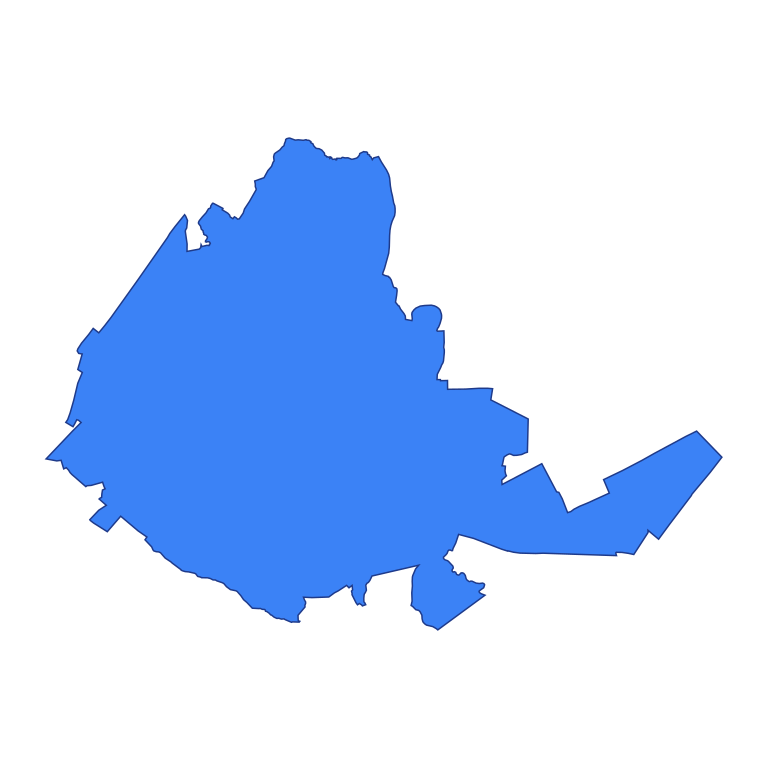 Bals, Olt, Romania
{"feature_id": "2599482B96753080238477", "entity_name": "Bals", "entity_type": "district", "adm_level": 2, "iso_a3": "ROU", "parent_name": "Romania", "parent_adm1": "Olt", "projection": "orthographic", "projection_center": [24.107, 44.36], "detail": "fine", "context": "isolated", "style": "filled", "palette": "blue", "viewbox_px": 768, "rotation_deg": 0, "n_neighbors": 0, "source": "geoboundaries", "source_scale": "gbopen_adm2", "svg_char_len": 6094}
<svg xmlns="http://www.w3.org/2000/svg" viewBox="0 0 768 768"><path d="M181.0,570.0L182.2,570.7L185.2,571.6L188.7,571.9L194.7,573.3L195.7,573.8L197.7,576.4L200.5,577.1L201.6,577.7L207.5,577.8L210.3,578.5L213.0,579.9L215.5,580.0L216.7,580.8L222.3,582.7L223.9,583.6L226.5,586.7L230.4,589.6L236.0,590.8L237.2,591.5L240.8,595.6L243.6,599.7L246.9,602.5L252.3,608.2L259.2,608.6L260.1,608.4L262.2,609.3L264.7,609.5L265.2,610.0L265.5,611.2L266.7,611.5L268.9,613.0L270.7,614.9L271.6,615.1L274.0,617.1L276.8,618.4L278.9,618.3L281.4,619.1L284.0,618.9L285.3,619.7L291.5,622.3L292.6,621.9L299.2,622.1L299.8,621.3L298.6,620.9L298.2,620.3L298.0,615.3L305.0,607.0L304.9,605.3L305.6,603.5L305.6,601.9L304.5,600.0L303.5,597.2L312.1,597.6L328.8,597.0L334.5,592.8L338.2,590.9L346.6,585.4L349.0,587.8L352.1,585.4L352.6,589.9L351.5,591.1L352.1,593.5L352.0,594.7L356.0,602.7L357.5,604.8L359.4,603.5L361.6,604.9L362.4,605.9L365.7,604.7L364.9,603.0L363.9,601.8L363.8,598.3L364.1,594.9L364.5,593.6L365.2,592.8L366.4,590.2L365.8,585.2L366.9,583.3L368.4,582.4L369.9,580.4L372.0,576.0L418.7,565.2L415.6,568.9L412.8,575.5L412.4,577.0L412.2,581.4L412.4,586.0L411.8,592.9L412.1,601.2L411.1,605.5L412.6,606.4L415.8,609.7L418.7,610.4L420.0,611.6L421.9,615.2L422.1,618.8L422.7,621.2L423.3,622.4L424.9,624.0L426.5,625.1L432.8,626.6L436.4,628.7L437.8,629.9L485.0,595.2L481.4,593.8L480.1,593.1L479.1,591.9L479.1,591.3L479.4,590.8L483.7,587.7L484.5,585.2L484.6,584.7L483.9,583.6L482.6,583.1L479.3,583.5L476.1,583.1L472.1,581.2L470.8,581.1L469.6,581.6L468.8,581.4L466.8,579.8L466.1,578.6L465.3,575.4L463.9,573.5L462.8,572.9L461.1,572.9L459.1,574.9L458.3,575.1L456.6,574.4L455.7,572.3L454.4,571.7L453.1,572.1L452.0,570.9L452.3,569.4L453.1,568.4L453.2,567.3L452.8,566.0L448.7,561.6L447.6,560.7L445.1,559.9L443.6,558.6L443.5,557.1L445.8,555.0L447.1,553.4L448.0,551.0L448.7,550.2L450.1,550.0L451.7,550.7L452.5,550.6L453.0,548.6L455.8,542.9L458.6,534.4L473.6,538.4L501.7,549.2L507.7,551.1L507.8,550.8L513.4,552.2L520.1,553.1L535.8,553.5L543.0,553.2L616.5,555.6L615.9,553.7L615.9,552.6L616.3,552.3L621.9,552.4L628.2,553.3L633.8,554.5L647.7,533.1L648.1,532.2L648.0,530.3L658.6,539.2L669.7,524.1L691.4,495.5L691.8,494.4L710.1,472.5L721.9,457.2L696.6,431.1L685.7,436.5L654.5,453.3L641.9,460.4L622.4,470.6L603.6,479.6L609.3,493.1L587.6,503.0L579.6,506.3L574.0,509.2L570.8,511.6L567.6,512.6L562.3,498.9L558.9,492.4L556.6,491.8L541.8,463.7L502.1,484.5L501.7,480.2L506.4,475.8L505.6,474.0L505.0,470.9L505.4,466.2L502.0,465.7L502.5,464.4L503.9,457.5L504.4,456.7L507.3,454.8L509.4,453.9L510.9,454.2L513.5,455.4L516.8,455.3L521.7,454.5L525.1,452.9L527.4,452.2L528.2,419.0L490.8,399.9L492.6,388.7L487.9,388.3L478.8,388.3L465.4,389.1L447.6,389.3L447.5,380.5L440.5,380.7L440.4,379.6L437.0,379.6L437.3,374.3L440.6,367.7L441.7,364.9L442.9,362.9L443.5,360.9L444.3,352.5L444.3,349.9L443.7,347.3L444.2,342.5L443.9,330.9L437.5,331.2L436.8,330.6L437.5,328.5L438.6,327.0L440.1,323.3L441.5,318.3L441.6,315.8L441.4,314.1L440.1,310.1L438.7,308.4L436.6,306.9L434.5,305.9L431.4,305.2L424.8,305.5L420.2,306.1L415.9,308.1L413.9,309.9L412.1,312.4L411.8,314.2L412.3,318.9L411.9,320.6L405.5,319.4L405.3,316.0L404.0,313.6L400.6,309.2L399.0,305.9L398.4,305.8L395.5,302.2L396.6,295.4L397.1,290.8L396.9,288.9L395.9,287.9L394.1,287.6L393.3,286.5L391.2,279.9L389.5,277.3L388.8,277.2L388.4,276.4L384.9,275.5L382.7,274.4L382.9,272.8L384.5,268.5L388.7,253.3L389.3,247.1L389.6,235.5L390.0,230.1L390.8,225.6L392.1,221.3L394.6,215.7L395.1,212.2L395.1,208.6L394.8,205.9L393.7,203.0L392.4,195.9L391.3,191.4L390.4,186.0L389.6,177.9L388.6,174.3L386.5,170.0L381.4,162.0L378.5,156.6L373.7,157.9L372.3,159.7L370.9,156.9L369.7,156.1L369.5,155.0L367.6,154.3L367.6,153.1L367.2,152.3L366.3,151.9L364.9,151.9L363.7,151.6L360.0,153.4L359.7,153.7L359.4,155.2L357.5,157.5L356.3,158.2L353.0,159.1L351.7,159.3L348.0,157.8L345.0,157.9L342.9,157.4L342.2,157.4L341.1,158.4L336.8,158.3L336.6,158.6L336.8,159.6L336.3,159.9L335.7,159.8L335.1,159.0L332.7,159.4L331.9,158.7L331.7,157.7L331.0,157.2L330.7,157.2L330.4,158.1L329.8,158.4L329.9,156.9L328.4,157.2L327.7,156.8L326.8,156.9L326.2,156.0L324.7,155.2L324.4,153.1L321.8,150.1L319.1,148.7L316.9,148.5L315.7,148.0L313.8,145.9L312.8,143.7L311.0,142.9L310.7,142.4L311.0,141.9L310.9,141.6L308.9,140.3L306.9,140.2L306.1,139.7L303.3,140.3L298.3,139.8L295.2,140.1L289.8,138.1L288.5,138.2L286.7,138.7L285.7,139.5L285.5,141.1L284.4,143.8L284.0,145.7L282.3,147.0L279.8,150.0L275.4,153.0L274.3,154.1L273.6,156.8L274.1,160.9L273.1,162.2L271.6,166.3L267.9,170.6L264.0,177.7L254.7,181.0L255.3,184.0L255.3,186.7L256.2,189.0L256.1,189.8L249.5,201.4L244.5,209.0L243.2,213.1L239.3,218.8L237.6,219.2L236.3,217.9L234.4,216.8L232.9,218.7L230.2,216.9L229.6,215.1L227.8,213.2L222.2,209.8L223.0,208.6L222.8,208.3L213.3,203.3L212.5,203.3L210.8,205.9L210.6,207.4L210.2,208.1L208.5,208.8L206.0,212.9L202.4,216.8L199.4,220.5L198.7,221.8L198.4,223.0L198.8,223.9L200.5,226.1L201.3,229.2L203.1,230.8L203.1,231.9L203.7,233.2L203.7,234.2L204.8,235.0L206.3,235.4L207.5,237.1L207.0,238.8L205.5,240.9L205.5,241.8L206.4,242.1L207.7,241.7L209.2,241.8L209.9,242.5L210.3,243.7L209.4,244.3L209.5,245.0L209.0,245.6L207.0,245.3L202.0,246.5L201.1,244.7L200.7,247.6L199.3,249.1L187.0,251.4L187.1,244.0L185.3,231.4L185.5,230.1L186.7,228.0L187.5,220.5L185.7,216.2L184.6,214.7L175.0,226.6L169.8,233.5L167.5,237.5L138.5,279.0L111.0,317.5L104.5,325.9L98.8,332.8L93.2,328.4L88.6,334.6L81.5,343.2L77.9,348.8L77.2,350.9L78.7,353.4L82.2,354.0L77.8,369.5L82.3,372.5L77.8,383.2L73.7,400.4L70.1,413.0L67.7,419.6L65.8,422.4L73.0,426.7L74.6,424.0L76.8,419.7L78.6,420.3L81.1,422.5L72.9,430.7L46.1,458.9L56.8,460.9L61.1,460.3L63.7,468.9L66.3,467.7L68.5,470.0L70.1,472.6L71.9,474.5L85.8,486.6L87.1,485.7L91.2,485.4L102.6,482.2L104.0,486.5L105.1,488.8L102.5,490.0L101.9,493.7L101.6,497.4L99.8,498.3L99.1,499.0L106.3,505.3L98.8,510.2L89.8,519.7L90.3,520.5L93.7,523.1L107.3,531.7L120.7,516.2L138.0,530.8L146.9,537.0L145.0,539.8L151.7,546.9L153.0,549.9L153.8,550.9L156.2,551.7L158.6,551.9L160.5,552.7L165.2,558.1L170.8,561.8L172.2,563.1L180.9,569.6L181.0,570.0Z" fill="#3b82f6" stroke="#1e3a8a" stroke-width="1.5"/></svg>